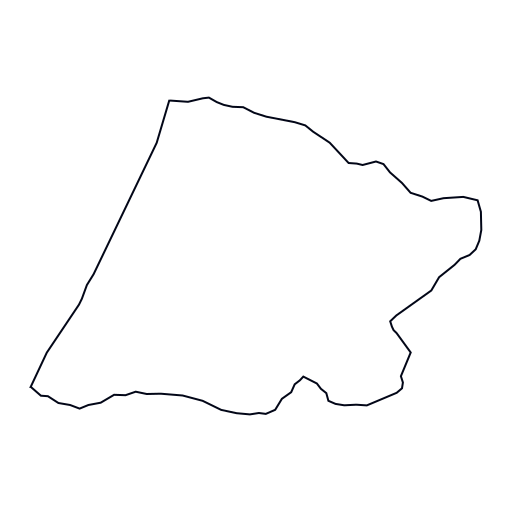 an SVG outline of Gharb - Chrarda - Béni Hssen
{"feature_id": "MAR-1448", "entity_name": "Gharb - Chrarda - Béni Hssen", "entity_type": "Region", "adm_level": 1, "iso_a3": "MAR", "parent_name": "Morocco", "parent_adm1": "", "projection": "robinson", "projection_center": [-5.873, 34.557], "detail": "fine", "context": "isolated", "style": "outline", "palette": "ink", "viewbox_px": 512, "rotation_deg": 0, "n_neighbors": 0, "source": "natural_earth", "source_scale": "10m", "svg_char_len": 1191}
<svg xmlns="http://www.w3.org/2000/svg" viewBox="0 0 512 512"><path d="M30.7,386.9L46.8,352.6L79.0,304.6L81.9,298.7L86.9,285.0L93.6,274.2L156.7,142.8L169.2,100.7L169.3,100.7L170.7,100.6L188.0,101.8L202.8,98.3L208.9,97.6L216.8,102.1L223.8,104.9L232.5,106.8L243.2,107.2L254.1,112.8L266.4,116.7L294.8,122.2L305.3,125.4L313.1,131.7L329.7,142.7L348.6,163.0L356.8,163.6L362.6,165.0L376.0,161.5L383.5,164.1L390.0,172.4L402.0,183.0L410.6,192.8L422.4,196.6L431.2,200.9L443.5,198.2L463.3,196.9L477.6,200.3L480.9,211.8L481.3,230.0L479.3,240.7L475.7,249.3L469.6,255.0L460.4,258.8L454.6,264.8L439.1,277.2L431.3,290.5L396.4,315.4L390.2,321.3L391.9,326.6L393.6,330.2L396.6,333.1L410.7,352.5L400.9,376.2L402.9,382.5L402.0,388.3L396.7,392.8L366.8,405.4L356.3,404.7L344.3,405.3L335.5,403.9L328.4,400.8L326.3,393.1L320.9,388.8L316.9,383.5L303.3,376.6L299.9,380.3L294.7,384.3L291.2,392.2L281.9,398.8L275.2,409.8L265.8,413.9L258.9,413.0L249.9,414.4L236.6,413.2L221.2,409.9L202.6,400.8L182.6,395.5L160.7,393.7L146.7,394.0L135.7,391.7L125.5,395.2L114.1,394.8L100.7,402.7L88.4,405.0L79.6,408.6L70.1,405.0L58.4,403.0L47.9,396.2L40.9,395.7L30.8,386.9L30.7,386.9Z" fill="none" stroke="#020617" stroke-width="2"/></svg>